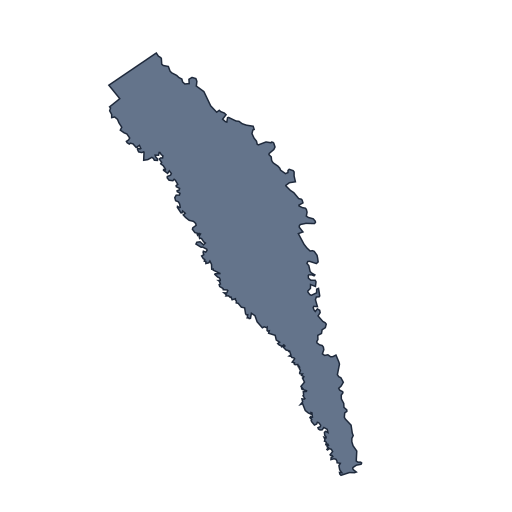 San José La Máquina, Suchitepéquez, Guatemala, rotated 316°
{"feature_id": "79465075B14696818502524", "entity_name": "San José La Máquina", "entity_type": "district", "adm_level": 2, "iso_a3": "GTM", "parent_name": "Guatemala", "parent_adm1": "Suchitepéquez", "projection": "equal_earth", "projection_center": [-91.607, 14.266], "detail": "fine", "context": "isolated", "style": "filled", "palette": "slate", "viewbox_px": 512, "rotation_deg": 316, "n_neighbors": 0, "source": "geoboundaries", "source_scale": "gbopen_adm2", "svg_char_len": 6122}
<svg xmlns="http://www.w3.org/2000/svg" viewBox="0 0 512 512"><g transform="rotate(316 256 256)"><path d="M254.3,47.0L254.2,48.5L251.6,49.9L250.5,53.9L248.3,56.2L250.9,57.8L251.3,61.5L249.9,65.0L248.9,70.1L245.8,71.2L246.7,75.8L247.9,78.5L247.1,83.4L244.9,84.0L242.4,83.5L242.0,85.0L242.6,87.5L244.0,87.6L245.4,89.8L245.2,94.7L249.0,95.4L247.8,98.7L246.8,98.3L245.7,96.3L244.8,97.0L243.9,99.6L245.6,102.2L247.6,103.1L247.4,103.7L241.7,109.1L245.1,111.5L249.6,112.7L250.0,114.6L249.4,116.5L251.5,118.8L252.6,117.6L252.7,115.0L253.5,113.4L255.9,115.8L258.3,114.2L258.8,114.8L258.3,117.2L258.6,119.3L256.9,120.6L255.5,119.2L253.8,119.1L253.2,123.1L251.5,123.5L252.0,126.6L251.2,130.7L250.6,131.1L249.6,129.6L249.0,130.1L249.8,135.2L252.8,134.5L252.4,137.9L250.7,138.5L247.4,137.2L246.4,138.1L246.1,141.1L248.5,144.1L250.4,143.9L250.6,145.6L249.5,150.1L247.4,149.9L246.8,150.8L248.0,154.3L246.7,155.2L244.6,154.2L244.0,155.0L244.9,158.1L243.2,159.0L240.9,156.8L238.1,157.6L236.6,160.4L237.8,163.1L237.2,165.5L235.3,168.4L234.6,168.1L234.0,165.8L233.2,166.4L232.0,172.9L232.8,173.6L234.5,172.7L234.8,176.1L232.2,175.9L232.1,179.4L232.7,183.9L235.1,187.7L235.2,190.7L234.2,192.4L230.2,191.8L228.8,192.6L228.3,196.7L230.0,199.6L228.7,199.7L228.4,200.6L230.9,200.4L231.4,201.6L228.8,202.2L227.6,204.3L228.6,204.8L228.9,205.8L228.2,209.5L228.6,211.5L226.0,211.5L225.6,206.9L223.0,205.0L221.1,205.7L222.6,211.6L223.8,212.5L225.3,216.9L224.8,217.9L222.5,218.3L221.5,216.0L220.5,216.6L219.3,218.8L216.9,218.2L216.2,221.3L216.7,222.9L215.2,223.8L216.1,225.1L214.7,226.6L217.3,228.1L219.3,227.6L218.2,231.1L215.0,234.7L216.1,235.7L215.4,236.4L218.2,244.0L214.3,240.4L213.6,240.6L213.8,244.7L214.5,246.1L213.9,248.1L213.3,248.8L211.9,247.5L212.1,248.6L211.0,251.4L209.6,251.0L208.7,252.7L209.7,256.5L209.0,257.5L211.6,260.3L211.7,261.3L209.3,262.3L207.4,260.3L207.7,263.4L206.6,263.8L208.6,265.6L208.7,267.7L209.5,268.1L208.4,270.9L211.5,272.4L210.7,273.2L210.7,274.6L209.2,276.0L210.3,277.7L209.9,282.6L211.8,285.4L208.4,290.3L208.2,291.6L209.3,292.5L206.7,294.4L207.7,295.2L207.6,296.3L208.7,297.0L212.9,294.0L213.8,298.2L211.1,304.1L210.7,312.1L212.7,312.6L213.8,314.8L214.6,314.9L212.2,317.3L212.2,318.1L213.6,319.0L211.4,320.3L214.7,326.4L212.2,330.5L213.1,334.4L210.8,334.1L210.9,336.3L211.7,337.8L211.3,339.0L214.3,339.2L214.3,340.8L212.3,340.5L212.3,344.6L213.4,346.1L213.3,347.5L214.1,347.7L212.4,351.4L210.4,351.0L211.6,352.7L211.3,353.9L212.5,355.6L212.4,356.8L208.3,357.5L209.5,359.6L208.5,360.1L208.6,361.3L210.7,363.1L210.2,363.6L210.4,365.3L209.5,365.1L209.7,366.8L208.9,367.1L208.6,369.1L206.0,370.5L205.8,371.4L207.5,373.2L205.8,373.5L206.6,376.1L205.0,376.6L204.8,375.5L203.3,380.4L197.8,381.0L197.5,384.4L196.8,383.2L196.5,383.9L198.8,388.0L198.2,388.4L195.7,386.5L193.6,389.2L192.7,389.2L192.1,392.6L191.3,392.5L189.8,390.7L188.3,393.3L184.9,393.7L186.9,394.6L184.1,401.4L184.6,405.3L185.6,407.7L186.8,406.7L187.3,407.7L184.6,411.2L183.8,410.8L183.8,409.5L182.5,409.7L182.5,412.3L181.5,412.5L180.9,413.9L180.6,418.2L183.0,419.0L184.6,418.2L185.3,419.5L185.0,422.6L183.7,423.5L181.3,422.5L180.7,423.9L181.2,425.6L182.8,427.0L185.7,426.5L186.8,430.1L185.1,433.0L184.2,430.4L182.7,430.4L180.9,432.7L180.7,435.0L179.9,435.5L179.0,433.6L178.2,435.8L176.6,436.8L177.2,437.8L177.0,439.1L175.1,440.2L175.6,441.2L177.0,441.1L176.7,442.5L175.1,442.0L174.6,442.7L175.0,444.0L172.6,444.4L172.7,445.2L174.9,445.5L175.9,447.4L175.3,449.9L171.3,450.4L171.1,451.1L172.2,452.4L171.9,453.7L170.2,453.1L168.5,454.5L171.2,456.0L172.3,457.8L171.8,459.7L170.7,461.1L172.6,463.7L170.0,464.4L167.7,467.9L167.2,471.5L165.7,469.7L164.8,471.1L164.8,472.8L172.8,476.7L176.3,480.3L178.1,481.1L177.6,477.7L177.8,476.2L178.8,475.5L182.9,476.2L186.9,478.8L188.2,478.3L188.1,477.0L186.1,475.1L185.7,473.1L193.0,466.3L194.0,459.9L195.9,456.2L198.2,453.8L201.2,452.7L202.2,450.3L206.9,443.7L207.0,435.3L207.5,433.4L210.8,430.5L213.4,430.9L214.4,429.8L214.1,426.0L216.7,423.0L218.1,418.1L220.7,415.3L223.5,414.8L224.1,413.8L223.0,410.6L223.6,408.6L226.8,408.7L231.1,407.5L232.5,402.5L231.7,400.4L232.1,397.9L240.9,391.8L241.9,390.0L244.7,382.8L241.4,381.8L239.7,380.4L239.1,377.0L236.3,375.2L235.8,372.5L239.7,370.5L241.2,368.3L241.4,366.3L240.0,364.0L239.5,360.9L240.2,359.8L242.5,359.1L245.3,356.0L249.3,357.2L252.3,355.0L256.1,355.7L259.2,353.8L259.4,352.0L258.6,349.4L259.0,342.2L262.8,341.3L264.1,339.3L263.4,336.7L260.1,337.1L260.3,334.8L261.3,332.8L262.6,332.4L265.0,335.1L268.4,328.7L270.9,327.4L273.1,329.2L274.1,329.0L278.5,322.7L276.6,322.0L274.0,324.6L268.5,322.7L267.9,321.1L268.3,317.9L269.0,317.2L272.7,317.1L275.4,314.4L277.6,319.2L281.2,316.3L281.7,314.6L278.6,311.5L278.3,308.4L280.1,306.3L281.0,306.3L283.1,308.4L284.0,310.6L285.2,310.5L284.1,306.6L284.2,304.7L287.3,299.6L287.5,296.7L289.4,295.9L290.8,297.0L294.2,303.4L296.6,303.4L298.9,300.3L300.4,297.9L301.1,293.1L300.3,291.4L298.4,290.0L298.2,285.5L298.7,280.9L302.0,269.3L306.5,271.3L307.1,265.4L308.0,264.4L309.7,264.1L314.6,267.2L320.5,273.2L322.0,273.2L322.8,272.2L323.0,269.0L320.4,264.6L319.9,262.3L323.2,259.9L324.6,257.4L324.7,255.9L322.9,253.3L321.7,249.9L322.2,249.2L326.7,250.4L328.0,247.9L328.1,246.7L326.6,244.4L327.2,236.7L326.3,232.6L326.2,226.5L326.5,225.9L331.0,226.5L335.9,230.0L339.0,224.9L341.8,222.0L342.0,220.4L340.1,216.7L338.5,216.7L336.9,218.2L334.4,217.2L333.3,211.3L334.1,209.4L334.2,206.6L333.1,201.3L333.2,199.7L333.7,198.0L335.8,195.3L335.7,192.1L336.7,191.4L342.8,191.8L345.4,190.8L347.2,187.1L347.1,185.9L346.3,184.8L345.5,185.0L342.4,180.9L334.9,177.7L334.5,176.4L336.1,173.8L336.5,169.8L338.1,165.2L341.2,163.2L342.6,163.7L344.1,160.7L339.9,155.1L337.9,151.1L337.3,147.3L335.4,145.0L332.5,137.2L331.6,136.8L328.0,139.4L327.3,138.0L327.0,134.4L332.6,133.6L332.5,131.1L330.9,127.6L330.8,125.7L327.6,125.2L327.7,116.5L332.7,101.6L331.1,92.3L334.8,89.3L336.0,86.6L334.0,83.1L330.5,82.3L327.7,85.6L324.3,82.8L324.1,79.8L325.6,77.2L324.5,74.0L324.4,71.0L322.6,65.7L322.6,63.3L324.6,58.8L321.6,54.5L321.4,52.6L325.1,48.2L325.3,47.2L324.6,44.4L325.3,40.7L268.8,30.9L267.3,48.2L254.3,47.0Z" fill="#64748b" stroke="#1e293b" stroke-width="1.5"/></g></svg>